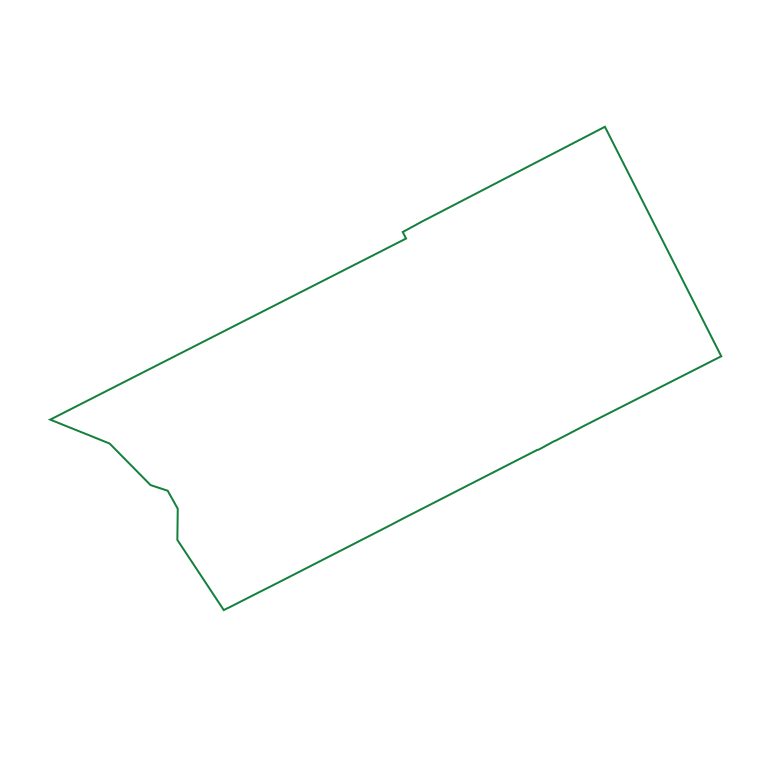 Newton, Indiana, United States of America, rotated 243°
{"feature_id": "52423323B60450934257791", "entity_name": "Newton", "entity_type": "district", "adm_level": 2, "iso_a3": "USA", "parent_name": "United States of America", "parent_adm1": "Indiana", "projection": "equal_earth", "projection_center": [-87.457, 40.978], "detail": "fine", "context": "isolated", "style": "outline", "palette": "green", "viewbox_px": 768, "rotation_deg": 243, "n_neighbors": 0, "source": "geoboundaries", "source_scale": "gbopen_adm2", "svg_char_len": 537}
<svg xmlns="http://www.w3.org/2000/svg" viewBox="0 0 768 768"><g transform="rotate(243 384 384)"><path d="M512.9,697.6L511.5,491.4L510.9,469.7L503.6,469.7L503.8,70.4L455.5,112.5L399.9,130.1L387.1,142.8L366.5,143.6L338.9,129.1L255.3,138.6L255.3,141.5L255.2,145.5L255.2,146.4L255.2,147.2L255.2,154.4L255.2,160.5L255.2,172.9L255.1,196.5L255.3,322.2L255.5,340.7L255.5,341.1L255.7,469.2L255.7,469.3L255.7,490.4L255.3,492.2L255.8,509.9L255.6,511.1L255.9,544.1L255.6,697.1L512.9,697.6Z" fill="none" stroke="#15803d" stroke-width="2"/></g></svg>